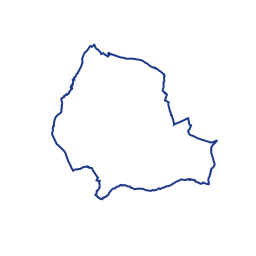 the district of Loamnes, Sibiu, Romania, rotated 59°
{"feature_id": "2599482B40985345258725", "entity_name": "Loamnes", "entity_type": "district", "adm_level": 2, "iso_a3": "ROU", "parent_name": "Romania", "parent_adm1": "Sibiu", "projection": "albers", "projection_center": [24.042, 45.956], "detail": "fine", "context": "isolated", "style": "outline", "palette": "blue", "viewbox_px": 256, "rotation_deg": 59, "n_neighbors": 0, "source": "geoboundaries", "source_scale": "gbopen_adm2", "svg_char_len": 5735}
<svg xmlns="http://www.w3.org/2000/svg" viewBox="0 0 256 256"><g transform="rotate(59 128 128)"><path d="M174.9,187.6L175.8,186.9L175.8,186.7L175.6,186.2L175.0,185.5L174.9,185.3L175.0,184.6L175.4,184.4L175.3,183.9L175.4,183.4L175.3,182.9L175.6,181.9L175.4,181.7L175.5,181.4L175.3,181.1L175.0,180.0L175.1,179.5L174.9,179.0L174.6,178.6L174.5,178.0L173.7,177.4L173.5,176.6L172.8,174.8L172.5,173.7L172.3,172.6L172.4,171.2L172.8,170.7L173.2,170.3L172.5,168.4L172.6,167.8L173.1,166.7L173.3,166.0L173.2,165.5L172.9,165.0L173.2,164.3L173.1,163.5L173.2,163.1L173.8,162.4L174.1,162.3L174.5,162.5L174.6,162.4L174.7,161.8L175.0,160.8L175.3,160.2L178.2,158.1L178.4,157.7L178.9,156.7L179.3,156.4L179.8,156.1L180.6,156.3L181.0,156.2L181.7,155.2L182.3,154.8L182.7,154.7L183.6,154.0L184.3,153.1L184.3,152.4L185.1,151.2L185.1,150.6L185.8,149.7L186.0,149.1L186.6,148.3L186.8,148.2L186.8,147.9L187.5,147.3L187.8,146.6L188.4,146.1L190.7,144.5L191.4,143.4L192.3,142.6L193.8,140.5L193.8,138.9L193.9,138.6L194.3,138.3L194.9,137.9L195.0,137.8L195.1,137.4L195.1,137.0L195.5,136.1L195.8,134.6L195.6,133.4L195.8,132.5L195.9,132.2L196.1,132.1L196.7,132.1L196.8,132.0L197.0,131.1L196.9,129.7L197.7,127.4L197.8,124.9L198.5,123.7L199.0,121.3L198.9,114.4L199.2,112.3L199.5,110.4L199.4,109.3L199.7,108.6L201.6,106.4L202.2,105.5L202.2,104.8L202.8,103.5L202.7,103.4L202.7,103.0L203.3,101.8L203.5,101.6L203.8,101.7L204.0,102.1L204.3,102.1L204.5,101.7L204.6,101.0L204.5,100.9L204.6,100.7L204.6,100.1L205.3,99.6L205.5,99.6L205.9,99.1L206.4,98.8L206.6,98.5L207.0,97.6L207.7,97.5L208.5,97.8L208.9,97.7L209.7,96.6L210.7,96.2L211.6,95.5L211.6,95.3L212.1,94.9L213.0,94.8L213.6,93.9L213.6,92.6L213.4,91.8L213.5,91.5L214.2,91.3L215.7,89.9L216.5,89.5L216.7,89.1L217.1,88.7L217.4,87.9L217.7,87.7L216.8,87.0L214.6,86.2L213.5,85.7L212.5,84.7L212.2,84.4L211.7,83.2L211.1,82.5L210.3,82.1L209.9,81.6L209.8,81.2L209.4,80.8L209.2,80.5L208.9,80.3L208.3,80.1L208.2,79.8L207.9,79.5L207.9,79.2L207.2,78.8L207.1,78.6L206.2,77.9L205.7,77.1L205.8,76.7L205.7,76.3L205.7,75.6L205.5,74.9L205.0,74.3L204.6,73.2L204.0,72.6L203.4,72.3L201.6,71.8L199.1,71.2L197.7,70.7L197.4,70.5L196.7,70.5L195.0,70.3L193.9,69.8L192.0,69.4L190.5,68.5L190.2,68.5L190.0,68.4L190.4,68.4L189.5,67.7L188.3,67.3L188.2,67.0L187.8,66.8L187.7,66.4L186.8,65.7L184.8,58.6L184.4,58.7L183.9,62.2L183.3,64.2L182.2,65.3L176.6,70.2L176.1,70.8L174.4,72.0L172.8,73.5L171.6,74.3L170.3,74.9L169.3,75.7L168.6,76.0L168.3,76.4L167.6,76.9L167.0,77.6L165.5,78.4L164.7,78.6L161.7,78.1L161.1,77.4L160.8,76.0L158.3,72.6L157.9,72.9L156.9,73.5L156.1,73.5L154.5,72.8L150.7,71.4L150.3,73.1L150.2,75.0L149.7,79.8L148.8,86.0L148.8,86.7L148.6,86.5L147.2,86.0L139.5,83.9L139.1,83.9L139.0,84.3L138.8,84.1L135.6,83.3L134.4,83.2L132.5,82.5L132.1,82.5L128.7,81.4L127.5,80.6L126.8,79.9L125.3,81.0L123.3,82.1L119.4,77.4L118.1,77.6L117.4,77.8L117.7,78.2L117.7,78.3L117.1,78.7L116.5,78.7L116.1,78.5L115.2,78.8L113.9,78.9L113.0,78.5L111.7,76.8L109.6,75.4L107.2,74.1L106.9,73.0L106.8,72.9L102.8,70.8L102.7,70.6L102.5,69.9L102.3,69.7L102.1,69.7L101.2,70.1L100.9,69.8L100.6,69.5L100.4,69.7L96.6,70.9L94.4,72.0L93.3,72.3L90.3,73.8L90.6,74.2L89.3,74.8L88.7,75.7L86.5,77.0L82.5,78.5L80.4,79.8L78.5,80.4L76.7,81.8L75.2,83.2L73.9,85.0L71.7,87.3L69.2,91.2L68.9,92.0L68.5,92.7L67.6,93.7L67.2,94.5L66.3,94.8L63.9,97.7L62.9,98.7L57.7,102.9L57.0,103.8L53.7,105.9L54.1,106.8L55.6,105.9L56.4,108.3L54.2,109.5L52.8,110.1L50.9,110.8L51.0,111.5L50.8,112.8L50.3,112.6L46.1,113.0L45.8,113.3L45.3,113.4L44.1,114.1L42.8,114.4L41.0,114.3L39.3,113.9L39.2,114.2L39.2,114.6L39.3,115.0L39.5,115.4L39.6,115.5L39.7,115.9L39.7,116.6L39.8,117.2L38.3,117.9L38.7,119.1L40.6,123.3L40.8,124.1L41.0,125.7L41.1,126.3L41.6,126.9L42.3,128.1L45.0,131.6L45.5,131.9L48.3,133.2L50.7,136.0L52.1,138.0L54.8,142.5L55.1,142.8L55.4,144.4L56.8,146.2L56.8,146.6L57.1,146.9L57.1,147.4L57.0,148.2L58.4,148.9L58.0,149.0L57.6,149.0L57.9,149.1L57.9,149.3L58.0,149.9L58.1,150.1L58.1,150.5L60.4,151.3L61.1,151.8L62.0,152.8L62.0,153.7L62.4,154.4L63.0,153.9L63.3,154.2L63.6,155.0L63.0,155.4L63.6,156.0L64.1,155.9L64.3,156.2L64.7,156.4L64.9,155.6L65.3,155.5L65.8,156.3L65.8,157.1L66.0,157.7L67.0,160.3L67.5,160.4L68.0,161.8L68.1,162.5L68.1,163.4L67.3,163.4L67.7,165.1L67.7,166.2L67.8,166.7L68.6,166.7L68.3,169.8L69.0,170.1L69.0,170.3L70.1,170.8L70.3,170.8L72.3,171.4L72.9,171.7L74.7,173.1L74.8,173.4L74.9,173.5L75.3,173.5L75.7,173.9L77.0,174.5L77.2,174.9L77.3,175.0L77.5,175.3L77.6,175.6L77.8,175.7L78.0,175.9L79.8,176.6L80.2,177.5L80.5,178.6L80.5,179.0L80.4,179.6L80.5,179.9L80.5,180.9L81.2,183.6L81.6,184.5L82.2,185.5L82.7,186.0L83.7,187.2L84.4,187.7L86.0,189.2L88.1,190.4L88.1,190.5L88.0,191.3L88.3,191.7L89.7,192.8L90.6,193.1L91.3,193.5L92.6,195.0L93.9,196.0L94.0,196.3L94.4,196.4L96.0,196.4L98.5,196.7L99.0,196.9L100.6,196.9L104.8,197.4L108.6,196.2L112.6,195.2L114.1,194.7L117.1,194.5L117.6,194.5L119.4,195.1L120.5,195.2L124.8,196.2L128.6,196.4L134.1,197.1L135.0,196.9L135.3,197.0L135.9,196.9L136.0,197.1L136.3,197.1L136.2,195.4L136.4,194.8L136.7,194.2L136.8,193.6L137.3,193.0L137.5,192.6L137.6,192.0L137.9,191.0L138.4,190.3L138.5,187.6L138.7,186.3L139.2,184.9L139.6,183.9L139.7,183.5L139.7,182.9L140.3,182.6L140.7,182.7L140.9,182.5L140.8,182.3L141.3,182.1L141.2,181.6L141.3,181.5L142.0,181.7L142.5,181.1L143.3,180.3L143.7,179.6L146.2,179.9L153.6,179.6L155.2,179.3L156.1,181.2L156.5,181.8L156.7,182.0L157.3,181.5L158.8,179.5L159.2,179.8L159.2,180.4L159.5,180.7L162.2,181.5L162.6,182.0L164.2,182.8L164.5,183.1L164.7,183.3L164.6,183.5L165.4,185.0L166.0,186.0L166.0,186.5L165.8,187.2L166.0,187.4L167.2,188.1L168.4,189.3L168.2,189.9L168.2,190.1L168.5,190.4L168.9,190.5L169.3,190.2L170.1,189.7L172.0,189.1L172.0,189.3L174.0,188.6L174.1,188.4L174.2,187.9L174.9,187.6Z" fill="none" stroke="#1e3a8a" stroke-width="2"/></g></svg>